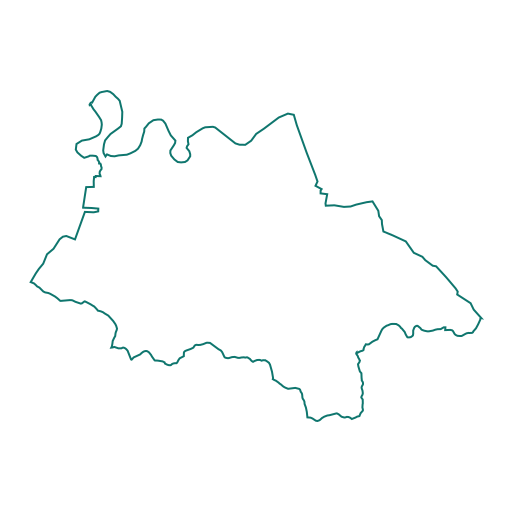 Birchis, Arad, Romania
{"feature_id": "2599482B17966040812815", "entity_name": "Birchis", "entity_type": "district", "adm_level": 2, "iso_a3": "ROU", "parent_name": "Romania", "parent_adm1": "Arad", "projection": "orthographic", "projection_center": [22.196, 45.958], "detail": "fine", "context": "isolated", "style": "outline", "palette": "teal", "viewbox_px": 512, "rotation_deg": 0, "n_neighbors": 0, "source": "geoboundaries", "source_scale": "gbopen_adm2", "svg_char_len": 6033}
<svg xmlns="http://www.w3.org/2000/svg" viewBox="0 0 512 512"><path d="M344.2,417.5L345.4,417.4L346.8,416.9L348.5,417.0L350.3,417.8L351.8,419.0L355.6,417.5L357.2,416.6L359.4,416.1L360.6,413.2L362.8,410.7L362.9,410.3L362.9,409.6L362.4,407.4L362.6,404.3L362.8,403.4L362.7,399.5L361.5,397.8L361.3,397.4L361.5,396.5L362.5,394.7L362.8,393.3L362.7,392.2L362.5,390.7L361.7,388.3L361.6,387.3L361.9,386.3L362.8,384.7L363.0,384.1L363.0,383.0L362.7,381.9L361.8,380.5L361.7,380.0L361.8,379.2L361.6,378.4L361.4,373.2L360.0,371.6L359.8,371.2L358.4,366.5L358.0,364.2L359.5,362.0L359.9,360.5L359.6,360.3L359.2,359.1L358.2,357.5L357.8,356.1L356.3,353.9L356.2,353.4L356.5,352.5L356.7,352.3L356.8,353.0L357.3,352.9L359.5,351.7L360.7,351.2L362.5,350.7L363.3,350.2L363.6,349.8L363.6,348.8L364.4,346.6L365.1,345.7L365.8,344.3L367.8,344.5L368.9,344.3L372.4,341.7L375.3,340.2L377.5,339.3L381.5,330.5L382.5,328.9L383.8,327.6L386.6,325.7L388.2,325.2L390.4,324.2L392.1,323.9L396.2,324.0L398.6,325.3L399.5,326.1L400.3,326.9L400.8,327.8L401.9,328.6L404.7,332.0L405.7,334.4L407.2,337.0L407.5,337.3L408.1,337.4L409.9,337.3L410.8,337.1L412.5,335.9L412.9,335.4L413.2,333.8L413.2,331.4L413.2,330.5L414.2,327.8L414.9,326.8L416.3,325.9L417.3,325.8L417.8,326.0L420.4,328.1L421.3,329.4L422.0,329.9L424.3,330.7L427.1,331.3L429.0,331.3L432.8,330.6L435.3,329.7L437.6,329.2L440.7,329.1L443.8,327.3L445.4,327.3L445.2,330.1L450.3,329.9L452.1,330.3L453.0,331.1L454.4,333.6L454.8,334.2L455.8,335.0L457.4,335.8L459.9,336.0L461.4,336.0L462.0,335.8L465.2,334.0L466.6,333.3L468.6,332.9L469.2,333.0L471.6,332.9L472.2,332.8L472.9,332.3L473.3,331.4L476.0,328.3L478.1,324.4L480.3,319.6L480.4,318.6L480.8,318.0L481.3,318.1L473.7,309.6L470.6,303.2L457.2,294.5L457.7,291.6L455.6,288.4L446.2,277.3L436.1,266.3L432.7,265.7L425.3,260.2L422.4,256.8L413.8,252.8L405.8,241.4L392.8,235.4L383.4,231.5L382.0,224.1L381.8,220.1L379.1,216.2L378.3,210.8L372.5,201.4L366.6,202.2L356.2,204.6L350.6,206.5L343.9,206.9L334.4,205.3L325.8,205.7L325.5,203.4L327.2,194.2L320.6,193.4L320.6,190.6L321.6,189.1L315.5,185.8L317.5,181.5L315.3,175.1L306.7,152.8L296.8,125.2L293.8,114.8L287.9,113.6L278.8,117.5L263.9,128.7L256.2,133.9L251.2,140.7L245.3,144.8L239.5,144.7L235.4,143.4L215.2,127.5L212.9,126.8L205.2,127.3L202.7,128.3L196.3,132.2L192.4,135.3L188.0,137.8L187.9,141.2L188.5,144.3L187.1,146.2L186.6,147.9L189.3,151.2L190.2,154.2L190.2,156.3L187.5,160.4L185.0,162.0L181.1,162.4L177.7,162.0L174.3,159.4L171.2,155.7L170.3,153.1L170.4,150.5L173.9,145.2L175.1,143.0L175.4,140.6L170.8,135.4L168.5,130.8L165.4,123.6L163.1,120.7L161.2,119.6L158.0,119.5L153.4,120.2L148.8,123.3L146.1,126.7L144.4,128.5L144.2,131.6L143.0,135.4L142.1,138.9L141.6,141.6L140.2,145.2L138.0,148.7L135.3,150.9L130.5,153.3L126.9,154.7L118.7,155.4L114.6,156.3L110.8,156.0L107.0,154.4L105.5,156.5L103.6,153.1L103.2,150.4L104.0,144.3L105.1,140.4L107.8,137.1L110.5,134.0L118.0,128.6L120.9,126.3L121.7,123.8L122.1,117.8L122.3,111.8L119.7,100.8L118.0,98.8L115.6,96.7L113.3,94.2L110.2,91.9L107.1,91.0L101.8,92.0L99.6,92.7L97.2,94.8L95.3,96.8L92.3,102.3L92.1,102.1L90.7,102.8L89.6,104.5L89.7,105.0L91.3,103.9L90.8,104.8L93.6,109.4L95.3,111.5L99.0,116.8L101.1,120.2L101.6,122.5L101.8,124.7L101.3,128.5L100.4,131.6L99.6,133.6L98.4,134.9L96.0,136.4L89.3,139.3L81.9,140.6L76.5,144.0L75.8,149.6L77.4,152.4L81.2,155.8L84.2,157.8L88.6,156.4L89.8,155.7L93.0,155.7L95.8,156.0L96.9,156.9L97.5,158.3L97.6,159.9L98.0,160.2L99.1,162.0L99.1,163.5L100.4,163.6L100.9,164.8L101.0,166.0L101.6,167.6L101.5,169.1L100.3,170.6L99.7,171.9L99.6,173.8L100.3,175.3L100.5,176.2L95.7,176.0L95.6,177.1L94.1,177.0L93.7,181.3L93.8,186.9L86.2,187.1L83.1,207.3L83.1,207.7L91.6,208.0L98.3,208.6L98.2,211.4L93.7,212.3L84.9,211.9L75.0,239.4L66.3,236.0L62.9,236.7L59.6,239.3L53.5,248.8L47.0,254.3L43.2,263.7L38.8,269.0L35.8,273.4L30.7,282.1L34.0,283.4L35.9,285.1L37.1,286.4L39.4,287.6L43.3,291.5L45.1,292.4L48.3,293.0L50.2,293.8L55.0,296.5L57.4,298.3L60.2,300.8L60.6,300.9L69.9,300.1L71.9,300.2L72.8,300.5L75.4,301.8L80.7,303.6L81.8,303.4L84.5,301.4L84.9,301.4L86.6,302.2L90.6,304.3L93.1,305.9L93.7,306.1L95.1,307.4L97.2,309.7L97.8,310.6L100.7,311.3L102.2,311.9L103.1,312.3L104.6,313.4L108.3,315.6L113.2,321.0L115.4,324.2L116.2,325.9L117.0,328.6L116.7,330.0L115.8,332.2L115.5,333.5L115.2,336.1L114.3,337.6L112.7,341.0L112.4,343.6L111.9,346.4L111.3,347.6L112.9,347.4L114.2,346.9L118.3,348.3L121.5,348.3L122.6,347.7L123.4,347.6L124.4,347.9L125.3,348.4L126.2,349.1L127.6,350.7L131.0,359.3L131.4,359.7L131.6,359.7L133.7,357.4L140.2,354.4L141.5,353.1L143.1,351.9L144.3,351.3L145.9,351.0L146.9,351.1L147.7,351.5L148.8,352.2L149.5,353.0L151.1,355.0L151.9,356.5L154.6,360.3L154.9,360.5L157.7,360.6L162.6,361.4L164.6,362.4L164.9,363.5L167.0,364.6L168.5,365.1L169.4,365.2L170.6,365.2L171.0,365.0L172.1,364.0L173.3,363.5L174.9,363.2L176.5,363.2L177.2,362.5L178.5,360.0L179.7,358.3L183.8,356.2L183.9,352.8L184.0,352.3L184.3,351.8L184.9,351.2L186.3,350.5L190.6,349.0L192.9,347.9L193.4,347.6L194.4,346.0L195.2,345.2L196.3,344.8L198.3,345.0L200.3,344.9L203.3,344.1L206.2,342.9L207.0,342.7L210.0,342.9L218.5,349.2L220.7,350.4L221.2,350.9L222.2,352.2L224.4,356.9L224.7,357.3L225.4,357.7L227.2,358.1L228.8,358.1L232.0,357.1L234.7,356.9L238.1,357.9L239.7,357.9L241.2,357.5L243.9,357.3L245.2,357.6L247.0,357.3L247.6,357.5L250.0,359.0L250.5,359.7L251.7,361.0L253.0,361.8L253.4,361.7L254.2,361.1L257.1,360.0L259.5,359.9L260.4,360.1L261.6,360.7L263.0,360.2L264.7,360.3L265.1,360.2L266.5,361.0L268.9,362.7L270.0,364.6L272.0,371.7L273.0,377.6L273.0,378.5L272.8,379.1L274.3,380.0L275.9,380.7L278.7,382.7L279.6,383.6L281.0,384.5L282.9,386.2L284.1,387.0L285.2,387.6L288.1,388.8L295.3,387.9L299.2,388.9L299.9,389.5L300.1,389.8L300.7,391.7L301.6,393.0L301.9,393.5L302.2,394.9L302.4,397.5L302.7,398.6L303.9,400.4L304.4,401.6L304.6,404.0L305.9,407.5L306.8,411.8L307.4,417.4L310.4,417.6L311.2,417.9L312.5,418.5L315.8,420.7L317.4,421.0L319.1,420.4L320.1,419.8L321.9,418.1L324.2,416.7L327.3,415.5L329.5,415.2L336.4,413.4L336.9,413.4L338.7,414.3L341.5,416.7L344.2,417.5Z" fill="none" stroke="#0f766e" stroke-width="2"/></svg>